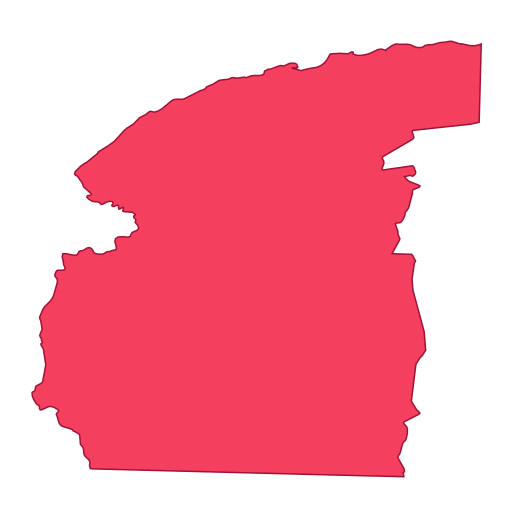 SVG path tracing the border of Karas, rotated 91°
{"feature_id": "NAM-3338", "entity_name": "Karas", "entity_type": "Region", "adm_level": 1, "iso_a3": "NAM", "parent_name": "Namibia", "parent_adm1": "", "projection": "equal_earth", "projection_center": [17.311, -26.98], "detail": "fine", "context": "isolated", "style": "filled", "palette": "rose", "viewbox_px": 512, "rotation_deg": 91, "n_neighbors": 0, "source": "natural_earth", "source_scale": "10m", "svg_char_len": 5980}
<svg xmlns="http://www.w3.org/2000/svg" viewBox="0 0 512 512"><g transform="rotate(91 256 256)"><path d="M243.9,397.4L241.2,396.8L239.4,394.2L239.0,389.0L239.3,386.5L239.3,384.0L238.5,382.0L236.4,381.3L234.8,380.4L233.7,378.4L232.8,376.1L231.6,374.4L230.6,374.0L229.8,373.9L228.2,374.4L227.2,375.0L224.4,377.4L222.2,376.8L221.3,377.1L220.1,378.6L219.1,379.0L218.2,378.9L217.4,377.7L216.7,377.4L216.2,377.9L214.8,379.8L214.5,380.1L213.9,389.0L213.3,390.1L212.9,390.0L212.5,389.6L211.1,389.7L210.8,389.4L210.4,389.2L209.9,389.7L209.8,390.3L210.0,390.9L211.5,393.1L211.5,393.9L210.2,394.3L208.5,394.3L208.0,394.7L207.7,395.8L207.9,396.5L208.5,397.7L209.0,399.0L208.9,400.4L208.1,401.1L207.2,400.7L206.4,400.0L205.7,399.6L204.2,400.5L203.9,402.5L204.2,404.7L204.8,406.5L206.6,409.6L207.2,411.7L206.3,412.6L205.1,413.5L204.6,415.8L204.5,418.3L204.3,420.2L203.4,422.1L201.9,424.4L200.2,426.1L198.9,425.9L198.5,424.9L198.3,423.5L197.9,422.2L197.2,421.7L196.3,422.1L190.0,429.5L186.8,430.7L184.5,432.1L182.4,433.8L180.9,434.6L179.3,436.0L178.5,437.7L177.4,438.8L175.2,438.4L174.3,437.7L169.2,432.8L166.6,429.3L165.4,427.0L156.4,416.4L154.9,415.7L154.3,415.0L149.2,406.9L143.8,399.6L132.8,390.0L130.5,387.4L126.2,380.9L120.2,375.2L119.1,373.7L116.5,368.8L113.7,365.4L113.3,364.6L113.2,363.3L113.8,361.0L113.9,360.0L112.8,356.5L110.5,352.7L102.1,342.9L101.0,340.9L100.6,338.2L100.6,332.4L100.4,331.5L99.9,330.1L91.8,314.8L90.5,311.2L89.5,309.5L88.1,308.7L87.4,307.7L84.9,301.9L81.4,296.6L80.9,295.4L79.7,286.5L79.2,285.4L78.7,284.6L78.2,283.7L78.0,282.3L78.5,277.8L77.3,270.5L77.9,268.9L76.2,264.8L75.7,262.6L75.5,260.1L75.5,255.5L75.0,253.2L73.7,251.3L73.1,251.0L71.6,250.9L70.8,250.5L70.7,250.0L70.1,248.8L69.5,247.8L69.2,247.8L68.9,245.3L68.3,243.3L65.6,236.5L65.1,234.6L65.5,231.6L64.6,229.4L63.4,227.1L62.7,225.2L62.5,222.6L62.7,220.4L63.4,218.8L64.6,218.2L65.5,217.9L66.3,217.5L66.9,217.6L67.2,218.6L67.2,222.9L67.8,222.9L68.1,220.7L69.7,214.8L69.8,213.7L69.2,212.2L67.5,205.3L66.3,198.6L64.4,194.4L61.6,190.9L58.4,188.3L53.4,185.8L52.6,184.8L51.9,176.0L52.2,167.5L50.5,164.5L50.2,163.7L50.5,162.4L51.0,162.3L51.7,162.6L52.5,162.2L53.6,158.6L53.5,153.8L52.5,148.9L51.2,145.2L47.4,137.6L46.9,134.0L48.2,129.8L47.6,129.8L43.2,123.6L41.8,120.6L41.6,119.2L41.6,118.3L41.8,116.7L41.7,107.8L42.0,105.5L44.5,99.7L44.7,97.8L44.7,95.2L44.3,93.0L42.5,90.7L41.9,87.9L41.5,82.8L39.4,75.9L38.9,70.6L38.0,66.4L37.9,64.1L40.4,55.7L40.2,54.4L41.8,46.3L42.1,41.7L41.2,37.4L40.1,34.5L40.3,34.5L118.4,35.2L120.5,44.3L127.5,99.9L127.7,101.0L128.1,101.9L128.9,102.0L129.9,101.8L133.0,100.6L134.1,100.3L135.2,100.3L136.1,101.1L137.0,102.2L154.1,130.3L155.2,131.4L156.3,131.4L157.4,130.9L158.4,130.1L160.1,129.8L162.2,129.9L166.0,131.6L167.2,131.4L167.8,130.7L163.3,102.7L163.2,101.6L163.3,100.6L164.0,100.0L164.9,99.5L169.1,97.9L170.2,97.8L171.1,98.2L172.0,99.0L172.8,99.8L173.4,100.5L173.5,101.1L173.1,101.9L172.8,102.6L172.8,103.7L174.1,109.0L177.6,105.8L179.0,103.5L182.1,95.1L183.1,93.2L183.8,93.5L184.6,94.5L186.6,99.2L187.3,100.3L188.0,100.7L189.1,100.8L190.5,100.6L205.3,104.3L206.0,104.8L207.4,105.6L209.5,107.4L213.1,108.0L216.9,109.6L219.3,111.4L220.1,112.4L220.4,113.8L220.5,115.2L220.7,116.4L221.2,117.1L222.9,116.8L229.2,114.5L231.7,114.5L236.1,112.5L237.4,112.7L251.3,120.0L251.6,100.4L253.5,98.9L256.0,97.7L257.4,96.7L258.0,96.4L258.6,96.5L259.5,97.1L260.6,97.6L276.8,99.6L287.8,98.4L328.5,86.6L347.3,84.7L353.1,88.3L354.9,90.2L361.3,94.2L398.0,98.1L399.3,97.6L407.0,92.7L408.8,90.5L409.5,89.9L410.3,89.4L411.0,90.0L411.5,90.6L418.8,104.2L419.6,105.3L420.3,105.6L421.3,105.0L423.9,102.5L424.7,102.1L426.9,101.6L430.9,101.6L435.5,102.5L437.6,103.3L439.6,105.3L440.9,106.0L442.2,106.5L450.3,108.4L453.9,110.4L454.9,110.6L456.7,109.8L466.1,104.3L467.4,104.0L469.0,103.8L470.2,105.0L474.1,104.3L474.1,109.1L474.0,115.5L474.0,121.8L473.9,128.1L473.9,134.4L473.9,140.7L473.8,147.0L473.8,153.3L473.7,159.6L473.7,165.9L473.6,172.2L473.6,178.5L473.5,184.8L473.5,191.1L473.4,197.4L473.4,203.7L473.3,209.9L473.3,216.2L473.2,222.5L473.2,228.8L473.1,235.1L473.1,241.4L473.0,247.6L473.0,253.9L472.9,260.2L472.9,266.5L472.8,272.7L472.8,279.0L472.7,285.3L472.7,291.5L472.6,297.8L472.6,304.1L472.5,310.3L472.5,316.6L472.4,322.8L472.4,329.1L472.3,335.3L472.3,341.6L472.2,347.8L472.2,354.1L472.1,360.3L472.1,366.6L472.0,372.8L472.0,379.1L471.9,385.3L471.9,391.5L471.8,397.8L471.8,404.0L471.7,410.2L471.7,414.6L471.5,417.9L468.9,418.7L468.1,418.8L465.4,418.4L464.5,418.5L462.3,420.0L458.5,424.0L456.1,424.8L452.0,425.1L450.1,425.9L448.5,427.4L447.1,428.3L438.7,429.1L438.0,429.3L437.1,430.0L436.6,430.8L436.1,431.7L435.3,432.8L434.9,433.7L434.1,435.7L433.6,436.1L432.8,436.5L432.3,437.4L429.8,446.3L429.0,447.9L427.5,449.3L425.8,450.2L419.0,452.3L417.8,452.9L417.0,452.7L415.0,450.8L413.8,450.9L412.7,452.0L411.8,453.5L410.3,456.7L410.0,459.0L410.5,461.4L413.6,467.7L413.5,469.1L412.5,469.8L409.8,470.0L409.3,470.4L408.4,472.2L407.7,473.0L403.0,476.0L399.5,477.3L396.3,477.5L394.9,475.3L394.5,474.9L393.6,474.5L390.7,474.1L390.1,473.8L389.3,472.7L387.2,468.8L385.8,467.2L368.5,464.3L352.6,467.0L349.5,469.0L347.8,469.6L347.4,469.4L346.4,468.3L346.0,468.0L345.5,468.1L344.8,468.7L344.4,468.9L342.7,469.2L341.8,469.5L341.2,470.0L339.6,470.8L337.5,470.4L334.0,468.9L332.2,468.7L324.9,470.0L321.9,471.2L320.4,471.1L313.4,468.3L310.2,466.3L305.2,461.4L302.4,459.3L299.4,457.8L285.5,454.1L282.8,454.4L281.9,454.9L280.3,456.2L279.5,456.7L278.4,456.8L275.7,455.9L274.0,454.9L273.6,452.7L273.7,450.0L273.2,447.6L272.0,446.6L270.5,446.9L269.0,447.8L267.3,448.3L263.8,448.8L260.2,449.8L257.1,449.2L256.9,445.9L257.9,441.3L258.5,436.9L257.6,434.5L254.5,433.1L253.9,431.3L253.4,428.8L251.1,425.3L250.5,423.3L250.8,421.7L251.9,420.2L253.3,419.1L254.7,418.7L256.0,417.5L256.7,414.9L256.9,411.9L256.8,409.5L256.3,408.2L255.0,406.1L254.4,405.0L254.1,403.6L254.0,402.5L253.8,401.4L253.0,400.0L252.7,398.9L252.6,397.5L252.2,396.3L251.3,395.8L249.2,395.9L243.9,397.4Z" fill="#f43f5e" stroke="#9f1239" stroke-width="1.5"/></g></svg>